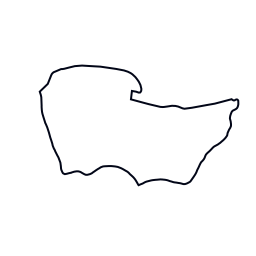 outline of Giao Thuy, Nam Định, Vietnam, rotated 201°
{"feature_id": "81297802B51483513425235", "entity_name": "Giao Thuy", "entity_type": "district", "adm_level": 2, "iso_a3": "VNM", "parent_name": "Vietnam", "parent_adm1": "Nam Định", "projection": "natural_earth1", "projection_center": [106.442, 20.247], "detail": "fine", "context": "isolated", "style": "outline", "palette": "ink", "viewbox_px": 256, "rotation_deg": 201, "n_neighbors": 0, "source": "geoboundaries", "source_scale": "gbopen_adm2", "svg_char_len": 3262}
<svg xmlns="http://www.w3.org/2000/svg" viewBox="0 0 256 256"><g transform="rotate(201 128 128)"><path d="M223.4,130.3L221.8,128.3L221.6,128.1L220.9,127.1L220.0,125.7L219.0,123.4L218.4,122.0L216.6,117.8L216.2,116.7L214.9,113.9L214.0,112.2L212.9,110.5L210.8,107.8L209.6,106.3L208.4,104.8L207.0,103.0L205.9,102.0L203.6,99.6L201.4,96.9L200.1,95.3L199.6,94.6L197.1,91.2L195.5,89.3L193.1,86.3L192.0,84.6L189.6,82.0L189.0,81.7L187.5,80.1L184.2,77.1L183.6,76.6L182.4,75.6L180.1,73.0L179.5,72.3L178.7,71.4L177.1,68.5L176.0,66.2L175.2,65.0L173.2,63.0L172.5,62.5L172.1,62.4L171.0,62.3L170.4,62.3L168.5,63.5L167.0,64.6L165.0,65.9L165.0,66.0L162.6,67.9L160.7,69.0L158.9,69.7L157.4,69.9L156.4,69.9L154.8,69.6L152.1,69.2L151.3,69.2L150.8,69.2L150.6,69.2L150.3,69.3L149.8,69.5L148.9,69.9L148.0,70.6L147.2,71.1L146.6,71.7L145.6,72.7L144.5,74.5L144.1,75.0L142.7,77.1L141.4,78.9L140.4,80.1L139.9,80.8L139.4,81.5L138.3,82.5L137.6,83.1L136.7,83.6L135.2,84.3L132.0,85.7L130.2,86.4L127.7,87.1L126.2,87.5L123.6,88.0L120.1,88.0L118.1,87.8L114.5,87.2L114.3,87.2L112.6,86.9L112.1,86.7L111.5,86.5L110.8,86.2L109.9,85.7L108.3,85.1L106.5,84.4L105.1,83.8L103.0,82.6L101.9,81.8L101.5,81.5L100.1,80.4L98.8,79.3L97.8,78.5L97.6,78.4L96.6,79.4L96.1,79.9L95.3,80.6L95.2,80.7L95.1,80.8L94.4,81.4L93.7,82.3L92.5,83.7L91.5,84.6L89.8,85.8L87.7,87.3L86.4,88.1L83.9,89.4L82.0,90.3L81.0,90.8L79.4,91.6L77.9,92.1L76.1,92.6L74.6,93.0L72.9,93.3L71.6,93.4L70.2,93.4L68.2,93.6L66.3,93.7L65.1,93.9L63.1,94.4L61.5,94.7L59.8,95.1L58.3,95.3L56.9,95.4L55.8,95.6L54.7,96.1L54.0,96.6L53.2,97.3L52.4,98.1L52.3,98.3L51.3,99.4L50.8,100.1L50.5,100.8L50.1,102.4L49.2,106.0L48.6,108.7L48.3,111.0L48.3,113.5L48.2,114.4L48.0,116.2L47.8,119.7L47.6,121.4L47.5,122.1L47.3,122.7L46.9,123.5L46.4,124.8L46.0,126.1L45.8,127.6L45.8,128.7L45.8,129.5L45.8,129.9L45.7,131.0L45.3,132.2L44.8,133.3L44.3,134.3L43.9,135.0L43.2,136.5L42.3,138.7L41.7,140.2L41.1,141.3L40.7,141.9L40.5,142.1L38.2,144.8L37.3,146.2L36.6,147.2L35.8,148.8L34.9,150.4L34.1,152.1L33.6,153.4L33.4,153.9L33.0,155.5L32.8,156.3L32.8,157.0L33.0,157.8L33.1,158.5L33.2,159.0L33.2,160.0L33.1,161.0L33.1,161.8L33.0,162.9L32.8,163.9L32.6,165.0L32.6,165.9L32.6,166.8L33.2,168.5L33.4,168.9L34.6,171.1L35.5,172.3L35.6,172.5L36.1,173.1L36.4,173.8L36.5,174.2L36.7,175.0L36.9,176.0L37.0,177.5L37.0,178.7L37.0,179.6L36.9,180.5L36.5,181.5L36.1,182.1L35.4,182.8L34.5,183.8L33.9,184.6L33.6,185.1L33.3,185.9L33.2,186.7L33.2,187.1L33.2,187.8L33.4,189.3L33.8,190.5L34.3,191.7L34.7,192.6L34.8,192.9L35.2,193.3L35.5,193.5L36.0,193.7L36.4,193.7L36.8,193.6L37.2,193.4L37.7,192.9L38.3,192.1L38.6,191.9L38.9,191.7L39.3,191.6L39.8,191.6L40.4,191.7L41.0,191.8L41.6,192.0L55.6,181.9L63.1,177.4L75.6,169.8L82.2,166.2L84.2,165.9L88.8,166.0L91.6,165.6L94.9,164.5L98.9,162.2L101.8,160.6L103.1,160.0L105.4,159.3L117.2,157.7L120.9,157.3L135.5,155.8L137.6,164.0L133.5,164.8L130.6,164.9L129.4,165.5L129.1,166.4L129.0,167.4L129.2,168.3L129.6,169.4L131.8,172.6L134.4,175.0L136.9,176.7L139.4,178.2L143.1,179.7L145.2,180.2L148.3,180.5L152.4,180.3L160.2,178.9L175.7,175.4L185.7,172.2L193.3,169.8L199.8,166.7L204.3,163.6L208.8,160.4L210.2,159.6L211.6,159.0L214.9,155.8L217.5,153.3L218.2,151.9L218.5,150.9L218.6,149.3L218.6,148.1L218.7,140.4L223.4,130.3Z" fill="none" stroke="#020617" stroke-width="2"/></g></svg>